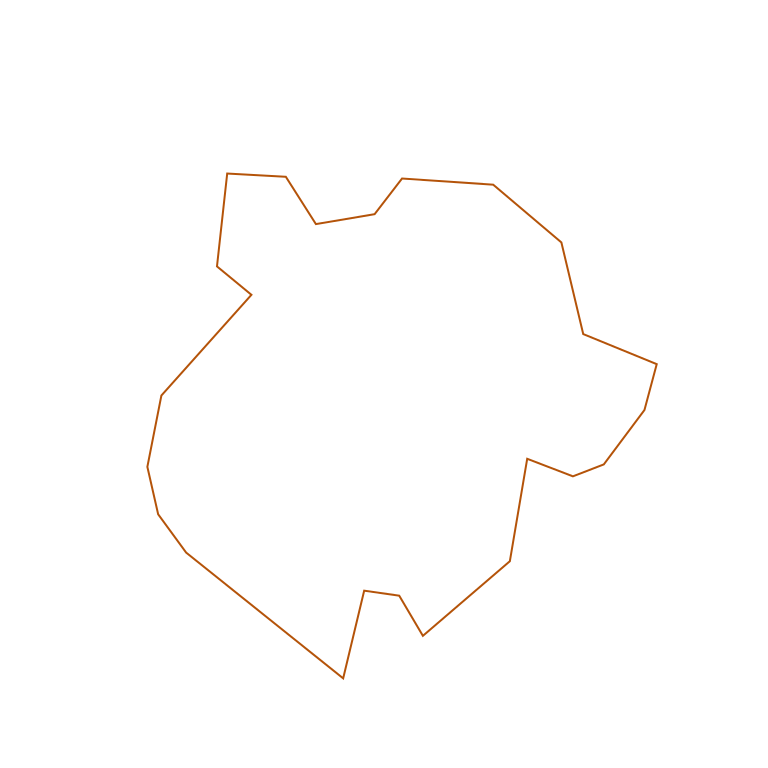 map outline of Brussels (Albers equal-area conic projection), rotated 67°
{"feature_id": "BEL-3474", "entity_name": "Brussels", "entity_type": "Capital Region", "adm_level": 1, "iso_a3": "BEL", "parent_name": "Belgium", "parent_adm1": "", "projection": "albers", "projection_center": [4.373, 50.84], "detail": "fine", "context": "isolated", "style": "outline", "palette": "amber", "viewbox_px": 768, "rotation_deg": 67, "n_neighbors": 0, "source": "natural_earth", "source_scale": "10m", "svg_char_len": 465}
<svg xmlns="http://www.w3.org/2000/svg" viewBox="0 0 768 768"><g transform="rotate(67 384 384)"><path d="M639.0,536.6L461.9,632.0L415.7,642.8L367.8,634.2L307.6,593.4L250.1,471.2L210.5,491.8L129.0,446.1L154.9,393.4L210.2,384.2L224.0,326.3L201.9,287.1L243.2,205.6L323.0,165.4L415.9,181.1L472.3,125.2L509.7,154.4L543.9,213.1L542.8,246.2L508.8,281.4L596.3,337.4L631.0,446.6L584.8,452.7L566.5,483.0L639.0,536.6Z" fill="none" stroke="#b45309" stroke-width="2"/></g></svg>